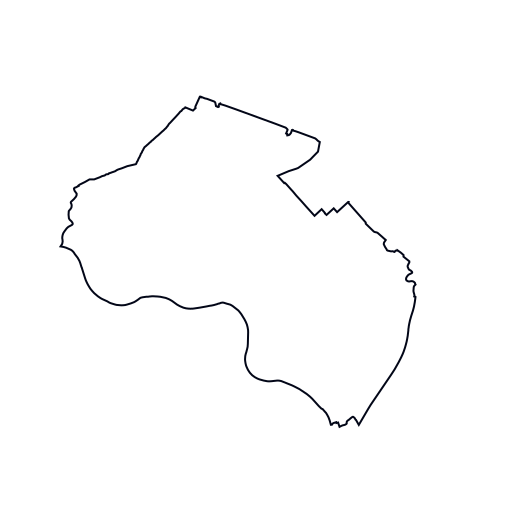 Halderberge, Noord-Brabant, Netherlands (Albers equal-area conic projection), rotated 218°
{"feature_id": "6326949B33385594138749", "entity_name": "Halderberge", "entity_type": "district", "adm_level": 2, "iso_a3": "NLD", "parent_name": "Netherlands", "parent_adm1": "Noord-Brabant", "projection": "albers", "projection_center": [4.523, 51.59], "detail": "fine", "context": "isolated", "style": "outline", "palette": "ink", "viewbox_px": 512, "rotation_deg": 218, "n_neighbors": 0, "source": "geoboundaries", "source_scale": "gbopen_adm2", "svg_char_len": 6036}
<svg xmlns="http://www.w3.org/2000/svg" viewBox="0 0 512 512"><g transform="rotate(218 256 256)"><path d="M415.9,143.2L413.3,144.6L410.8,145.6L405.8,146.9L404.2,147.0L402.6,146.8L401.4,146.5L400.1,146.0L395.4,144.8L394.0,144.2L392.1,143.4L390.1,142.2L386.8,139.9L385.8,139.4L385.5,139.1L384.9,138.7L376.9,133.2L375.0,132.0L372.9,130.9L371.0,130.0L368.2,128.9L366.2,128.2L363.6,127.6L360.6,127.1L355.9,126.9L352.6,127.1L350.7,127.4L345.3,128.7L342.8,129.0L341.7,129.3L341.1,129.5L337.4,130.9L335.8,131.6L331.8,134.2L330.6,135.2L329.0,136.7L327.9,138.1L325.5,141.5L323.7,144.5L323.1,145.9L322.2,148.6L321.4,151.6L321.3,151.9L320.8,152.6L320.0,153.6L317.4,156.3L315.6,157.8L315.2,158.3L313.3,160.1L311.9,161.2L308.9,163.3L306.4,164.9L301.3,167.4L298.2,168.3L296.6,168.6L294.3,168.9L288.2,169.1L285.1,169.6L281.4,170.6L278.9,171.7L276.9,172.9L275.2,174.1L273.4,175.6L272.2,176.8L268.6,180.6L264.1,185.6L261.7,188.4L260.6,189.5L259.0,191.4L257.1,194.0L256.4,195.2L255.6,196.1L254.8,197.5L253.7,198.7L252.7,199.3L249.5,200.5L248.6,200.9L246.4,201.8L245.3,202.0L243.6,202.2L236.4,202.2L234.4,201.8L231.7,201.1L226.1,199.0L223.5,197.8L221.0,196.4L218.9,194.8L216.6,192.7L215.1,190.9L208.3,181.7L206.7,179.3L205.9,177.6L204.5,174.4L203.8,172.5L202.9,170.6L202.3,169.7L201.0,167.8L200.0,166.7L198.2,165.0L196.3,163.5L195.1,162.8L192.4,161.4L190.4,160.7L188.8,160.2L185.5,159.7L182.3,159.8L179.4,160.3L177.3,160.9L173.2,162.6L170.1,164.2L168.6,165.2L166.8,166.8L163.0,170.5L162.1,171.3L160.9,172.1L159.1,173.0L148.1,176.2L145.4,176.8L140.1,177.8L131.0,178.5L126.7,178.4L123.7,178.1L114.1,176.4L110.4,176.0L109.3,176.4L105.7,175.7L104.3,175.5L102.2,174.7L99.5,173.5L96.6,171.7L93.1,169.1L92.3,169.8L92.4,170.8L92.2,171.9L90.5,174.4L89.8,173.9L88.8,175.3L85.0,172.8L84.1,174.8L83.3,176.1L82.6,176.9L81.8,178.1L81.4,179.3L81.4,179.8L81.6,180.0L82.1,180.7L82.4,181.3L82.5,181.5L82.5,182.1L82.4,182.9L82.1,183.6L81.7,185.4L81.6,186.1L81.1,188.1L80.8,188.8L80.6,189.0L80.3,189.1L78.9,189.1L78.4,189.0L76.7,188.3L76.3,188.4L71.0,186.2L73.5,204.9L74.0,209.4L74.3,213.8L76.4,245.4L76.7,249.0L77.0,252.2L78.2,260.2L79.2,265.4L80.1,269.2L80.8,271.6L82.2,275.6L83.3,278.3L84.6,281.3L85.7,283.5L87.3,286.5L90.1,291.1L90.9,292.2L91.9,294.0L92.3,294.6L93.5,296.9L95.1,300.2L95.9,302.2L96.8,304.4L98.7,309.6L100.3,313.3L102.4,317.3L103.9,319.9L105.1,321.9L106.4,321.5L106.8,322.5L107.2,322.8L107.9,323.4L109.7,324.7L110.5,325.5L112.3,328.2L112.8,329.2L112.9,330.0L112.7,331.7L113.5,332.1L114.3,332.7L115.1,332.8L116.1,332.8L117.1,332.5L117.9,332.0L118.9,331.0L119.6,330.2L120.1,329.9L120.8,329.6L122.3,329.4L123.2,329.8L123.7,330.4L124.1,331.1L124.3,332.0L124.4,332.8L124.4,333.4L124.3,335.0L123.9,336.0L122.9,338.0L122.7,338.5L122.7,339.0L122.9,339.3L123.3,339.6L124.6,339.8L125.2,339.8L126.8,339.5L127.2,339.5L128.5,340.1L129.9,340.9L130.3,341.5L130.6,342.0L130.8,343.3L131.1,343.9L131.1,344.7L131.2,345.3L131.9,346.2L139.4,346.3L140.3,347.6L143.9,347.8L148.2,347.6L148.1,347.3L148.1,347.1L148.8,346.7L149.3,346.1L149.4,345.5L149.3,344.6L149.4,344.4L149.6,344.3L151.1,344.0L152.2,343.0L152.8,342.6L155.6,341.3L156.3,341.2L157.5,341.8L159.9,342.6L162.5,343.9L162.9,344.4L163.4,345.5L163.5,347.0L163.6,348.5L164.3,348.6L164.5,348.5L168.8,348.8L174.4,349.1L175.3,348.9L177.0,348.1L177.5,347.9L178.3,347.8L189.3,349.0L189.6,349.2L190.1,349.9L190.4,350.0L215.1,354.6L215.4,354.7L215.9,355.0L216.1,355.2L216.3,355.6L216.6,355.4L219.1,340.5L224.1,341.4L225.7,331.8L228.0,332.0L228.3,332.4L233.1,333.3L234.6,323.7L247.8,326.0L248.8,326.2L254.2,327.2L261.4,328.4L266.9,329.6L268.8,329.9L276.5,331.3L278.4,331.4L278.5,331.0L278.6,330.8L288.3,332.5L282.4,343.1L278.0,349.6L277.0,351.3L272.6,365.3L272.6,365.8L272.5,366.2L272.3,368.3L271.4,376.4L275.9,385.1L277.6,384.9L278.7,384.9L280.1,385.1L281.8,385.1L298.7,379.7L301.8,378.6L303.7,377.8L303.9,377.9L304.3,377.9L304.2,377.6L304.7,377.4L304.8,377.7L305.2,377.4L305.1,377.1L304.2,374.4L304.2,373.2L304.3,372.2L304.5,371.7L304.7,371.3L305.0,371.1L305.6,370.3L306.6,371.1L306.7,371.4L307.7,371.1L308.5,373.9L308.5,374.0L308.7,374.5L308.8,374.9L309.1,375.1L309.5,375.2L311.1,375.4L311.7,375.4L322.6,372.0L361.5,359.4L372.6,355.7L377.1,354.0L377.6,354.1L377.5,353.8L378.0,353.7L378.1,353.9L378.5,353.6L378.6,353.4L378.0,351.4L377.4,351.1L377.2,350.6L377.6,350.0L379.8,349.5L382.4,351.7L383.1,352.0L384.0,352.0L391.3,349.7L393.4,348.7L397.4,347.6L397.2,347.1L398.3,346.8L395.8,336.5L395.2,335.5L394.7,335.4L394.8,334.5L395.2,331.8L403.2,329.6L403.1,329.1L403.1,328.9L403.7,327.7L404.1,326.5L404.1,324.2L404.5,323.5L404.6,322.3L404.6,320.9L405.0,315.6L405.3,312.5L405.7,307.7L405.9,306.9L405.8,305.3L405.6,304.4L405.7,303.7L405.7,301.0L405.9,300.4L406.2,297.8L406.5,296.6L407.4,291.0L408.1,288.1L408.2,287.2L408.5,285.6L408.7,284.1L409.2,282.4L409.2,281.2L409.6,279.9L409.8,278.1L410.2,276.2L410.4,274.9L410.8,273.3L410.8,272.8L410.7,272.3L410.6,271.3L410.3,270.3L410.1,268.4L409.7,267.3L409.7,266.9L409.6,265.4L409.4,264.9L409.1,264.2L409.0,263.3L408.6,261.9L408.6,261.0L407.8,257.9L407.8,257.0L407.2,255.0L407.2,254.4L412.7,247.6L415.8,242.4L417.9,239.3L418.7,237.7L419.0,236.6L419.2,236.1L420.0,234.8L421.2,233.0L421.7,232.1L422.3,231.3L422.8,230.5L422.7,230.2L422.9,229.5L423.9,228.5L424.3,228.1L424.5,227.6L424.7,226.6L424.9,226.2L426.5,224.1L427.5,222.0L430.7,216.7L434.1,214.1L434.3,213.9L434.5,213.5L436.4,208.9L438.9,203.7L439.3,202.2L438.9,202.0L440.0,199.6L440.3,199.0L440.8,198.3L441.0,198.0L440.9,197.0L440.2,196.4L439.1,195.7L435.7,194.7L435.1,193.9L434.7,193.2L434.6,192.7L434.4,191.9L434.5,188.8L435.1,185.0L435.1,184.6L435.0,184.3L434.7,183.9L433.3,183.2L432.5,182.5L432.2,182.1L431.4,180.8L431.2,180.0L431.1,179.2L431.2,176.5L431.1,176.0L430.9,175.7L429.1,173.1L426.6,170.5L425.9,170.2L425.1,169.9L422.8,169.7L421.4,169.3L420.5,168.8L420.1,168.2L420.1,167.6L420.2,167.1L421.8,163.5L422.0,162.5L422.2,161.1L422.1,157.2L421.9,155.3L421.6,154.4L421.2,153.3L420.4,151.8L419.6,150.7L418.6,149.8L417.3,148.4L416.4,146.7L416.1,145.8L416.0,144.3L415.9,143.2Z" fill="none" stroke="#020617" stroke-width="2"/></g></svg>